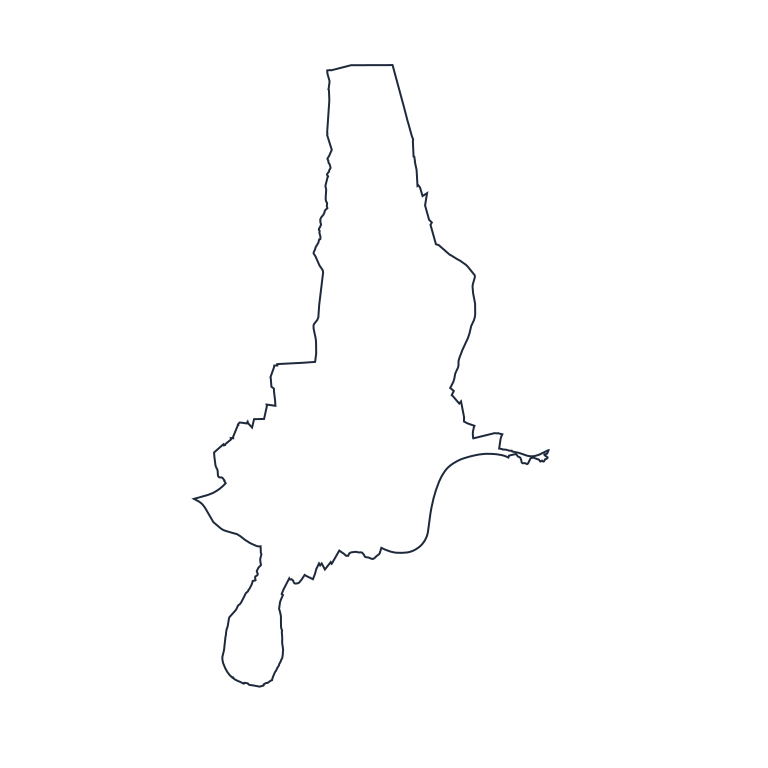 Zutphen, Gelderland, Netherlands (Equal Earth projection), rotated 278°
{"feature_id": "6326949B28786285357983", "entity_name": "Zutphen", "entity_type": "district", "adm_level": 2, "iso_a3": "NLD", "parent_name": "Netherlands", "parent_adm1": "Gelderland", "projection": "equal_earth", "projection_center": [6.221, 52.129], "detail": "fine", "context": "isolated", "style": "outline", "palette": "slate", "viewbox_px": 768, "rotation_deg": 278, "n_neighbors": 0, "source": "geoboundaries", "source_scale": "gbopen_adm2", "svg_char_len": 6086}
<svg xmlns="http://www.w3.org/2000/svg" viewBox="0 0 768 768"><g transform="rotate(278 384 384)"><path d="M328.5,517.4L330.5,517.8L332.1,521.9L332.9,524.1L332.8,524.4L332.3,525.3L330.9,526.6L330.3,528.7L329.6,529.5L327.7,530.5L325.7,531.2L325.1,531.7L324.8,532.3L325.2,534.2L325.2,534.8L324.6,536.8L324.8,537.2L325.4,537.7L330.6,539.4L331.1,539.8L331.5,540.8L331.8,542.1L331.7,543.1L331.1,545.5L330.7,547.8L329.0,549.6L329.1,549.9L330.1,551.1L329.4,552.1L329.4,552.6L329.8,553.3L331.7,553.9L332.6,555.4L333.5,556.2L334.2,556.1L335.7,553.2L336.3,552.6L336.7,552.8L337.2,554.4L337.7,555.1L340.0,555.9L341.3,556.1L341.2,555.8L340.6,554.8L335.4,547.2L333.6,543.1L332.9,540.1L332.8,537.0L333.0,535.3L334.6,527.1L335.0,520.3L335.7,519.8L335.4,517.5L335.9,514.4L335.9,513.3L335.7,510.8L335.8,510.8L336.0,509.6L336.1,507.0L345.8,507.1L348.1,507.4L350.7,508.2L350.8,507.6L350.6,507.4L351.2,503.8L350.9,503.4L350.7,500.3L342.6,480.0L342.9,479.8L346.8,478.9L349.2,478.7L353.4,479.0L355.2,479.4L355.5,477.7L356.7,471.9L358.0,468.4L362.3,467.9L377.5,462.7L375.1,461.2L382.0,453.4L382.4,452.6L386.8,454.1L389.3,450.1L395.8,452.4L399.4,452.9L404.3,453.1L410.6,455.0L412.8,455.2L417.0,454.6L420.2,455.0L428.6,456.9L441.1,460.7L445.9,461.6L453.6,462.3L459.7,464.2L462.5,464.6L465.9,464.6L476.3,463.0L486.3,459.6L492.9,458.1L495.3,458.1L502.3,459.1L503.8,458.9L504.4,458.6L511.8,450.7L513.4,448.6L516.8,442.0L517.5,439.9L521.0,431.9L521.1,431.2L529.2,418.8L529.6,416.0L548.1,407.9L550.6,408.9L552.9,405.8L566.6,399.8L579.0,400.1L575.5,396.0L583.5,392.4L585.5,390.4L584.8,389.6L600.4,386.5L608.4,383.6L608.8,383.7L613.2,382.4L613.2,381.9L613.4,381.6L628.5,378.8L629.5,378.8L630.1,378.9L633.5,377.0L644.8,372.1L647.6,370.8L660.6,365.4L701.0,348.1L695.1,307.0L687.2,287.8L687.4,287.1L686.6,284.1L683.4,284.8L676.9,287.7L675.7,288.0L669.1,288.1L668.2,287.9L667.8,288.4L665.6,288.9L657.2,290.4L625.1,292.7L624.1,293.2L622.7,293.0L608.6,299.7L601.8,297.8L601.4,297.5L599.1,296.6L598.4,297.2L597.9,297.3L597.4,297.7L595.0,298.5L594.3,299.4L592.5,300.3L590.5,301.0L589.6,300.7L588.5,300.1L586.8,300.0L584.3,298.6L583.6,298.4L582.5,298.9L582.0,299.7L581.7,299.8L581.1,299.4L579.6,299.2L572.2,298.4L570.7,298.8L568.5,299.7L560.5,300.3L558.2,300.7L556.4,301.5L555.6,302.3L555.2,302.5L552.2,302.6L550.2,303.5L548.5,302.0L547.1,301.2L545.6,301.2L543.1,300.4L540.2,298.6L538.5,298.1L537.7,298.0L536.9,298.4L535.8,298.3L533.2,299.5L530.5,298.8L528.7,298.0L528.0,298.0L527.5,298.1L526.6,299.0L524.6,299.0L521.3,300.5L518.8,300.8L518.5,300.7L518.1,299.7L514.7,299.3L509.7,297.2L507.6,297.0L504.9,296.1L503.5,296.1L500.7,298.5L492.4,303.6L488.4,307.3L487.6,307.7L485.8,308.2L453.6,308.8L440.8,309.7L438.1,309.0L433.9,306.5L433.0,306.2L431.7,306.1L429.0,306.6L419.0,310.2L415.9,310.9L404.8,312.6L396.3,312.7L393.8,301.1L389.6,279.3L388.8,275.5L387.5,275.8L387.0,272.8L385.0,272.7L374.8,270.6L374.2,271.0L365.6,272.9L364.5,275.0L364.1,275.6L363.8,275.7L361.7,276.0L352.6,278.4L347.3,279.5L347.3,270.6L345.9,271.1L332.7,270.1L331.1,260.2L327.2,259.9L322.5,259.4L325.7,255.5L326.6,254.7L327.7,254.2L326.8,253.8L326.2,254.0L325.8,253.7L325.9,248.7L325.7,246.3L323.6,245.0L323.0,245.4L322.7,245.0L310.5,241.9L309.3,242.2L309.2,239.8L307.9,240.3L302.1,235.0L301.5,235.1L300.9,234.0L301.9,233.3L292.5,225.2L291.5,225.5L288.1,226.2L280.1,228.4L278.6,229.1L275.5,231.2L270.7,232.2L269.9,232.5L269.0,233.2L268.7,233.9L268.6,234.7L268.9,236.1L268.4,237.3L266.2,239.5L265.8,239.3L263.7,241.0L260.8,238.9L257.4,235.9L254.5,232.7L252.1,229.5L249.6,225.0L243.8,211.8L241.8,217.3L240.6,219.4L239.5,221.0L236.9,223.7L223.4,234.3L218.3,242.4L217.1,245.0L216.5,247.6L215.4,254.8L214.9,259.2L213.3,262.9L210.4,267.9L208.0,273.1L207.2,275.5L205.8,280.5L205.7,281.6L205.8,283.2L206.1,284.4L199.8,285.5L198.4,286.3L193.7,285.8L192.7,285.9L189.7,286.6L188.1,287.3L187.7,287.3L186.8,286.9L185.8,286.0L184.1,285.0L181.1,284.1L180.5,284.1L179.1,285.1L177.8,285.5L176.8,285.0L175.5,283.4L175.2,283.3L174.3,283.3L171.8,284.1L171.4,283.6L171.1,282.4L170.7,281.4L167.5,281.0L162.8,279.4L161.0,278.4L159.7,278.1L157.5,276.2L153.3,274.9L147.5,272.8L145.9,271.9L144.8,270.7L143.7,270.1L141.0,269.3L139.5,268.7L131.6,263.4L130.3,263.1L121.9,262.9L119.4,262.3L115.8,262.2L113.9,262.4L111.5,262.2L99.0,262.6L96.9,262.5L91.2,261.9L88.3,262.4L85.1,263.6L83.6,264.5L80.3,266.4L76.8,269.1L74.3,271.6L72.1,274.8L72.5,275.3L72.2,275.7L71.6,275.9L70.8,277.2L69.7,280.2L69.0,283.0L67.8,286.5L67.8,286.9L68.5,287.1L68.7,287.4L68.6,290.7L68.4,291.0L67.6,291.8L67.3,292.8L67.3,296.8L67.0,302.9L68.5,306.5L68.9,306.8L69.7,306.6L70.6,307.6L71.6,309.0L71.7,309.9L72.1,310.7L74.6,313.2L75.1,314.3L78.1,314.7L83.4,316.1L85.1,317.0L87.8,317.8L90.7,319.1L92.0,319.2L94.9,320.3L96.9,320.7L98.1,321.3L100.1,321.4L102.4,321.4L105.4,321.1L106.1,321.2L109.7,320.3L113.7,319.1L118.3,318.6L124.3,317.3L125.6,317.4L127.7,316.3L129.3,315.8L139.9,314.2L144.5,312.5L146.6,311.4L153.4,311.4L156.0,311.9L161.0,313.3L161.8,311.9L166.6,313.1L178.3,317.2L177.4,317.8L177.4,318.7L177.8,319.7L177.1,320.6L176.7,321.4L175.5,321.9L174.5,322.7L174.1,323.3L174.1,324.5L174.5,325.9L175.5,327.6L178.8,329.6L183.9,332.0L183.2,333.5L180.8,340.8L186.5,342.1L191.3,342.7L197.3,344.6L195.5,346.0L197.6,347.3L192.1,351.3L200.2,356.0L198.6,357.1L198.8,357.3L212.8,362.9L210.2,368.1L208.7,370.2L208.8,372.3L211.4,373.2L212.6,374.7L213.3,377.0L213.9,379.5L213.7,382.7L214.1,384.6L213.9,385.9L211.9,388.1L210.6,388.8L210.3,389.2L209.9,390.8L210.1,392.4L209.4,395.1L209.1,396.8L209.6,398.1L210.7,399.2L212.5,400.5L215.0,403.0L216.4,403.4L221.4,404.2L220.2,408.0L219.0,413.4L218.7,416.4L218.6,419.4L219.3,425.3L220.4,430.3L221.0,432.1L222.0,434.3L223.1,436.3L224.6,438.4L227.5,441.6L230.2,443.8L233.0,445.4L235.5,446.5L238.5,447.4L241.0,447.9L243.7,448.1L262.0,448.0L268.0,448.2L278.0,449.0L286.1,450.2L294.9,452.1L300.6,453.9L305.8,456.2L308.5,457.8L310.6,459.3L312.8,461.3L314.9,463.5L317.6,466.9L319.9,470.3L321.5,473.3L324.1,479.0L325.9,483.6L327.3,487.6L328.8,493.3L329.1,495.0L329.8,500.6L330.1,505.1L330.0,510.0L329.8,512.1L329.2,515.1L328.5,517.4Z" fill="none" stroke="#1e293b" stroke-width="2"/></g></svg>